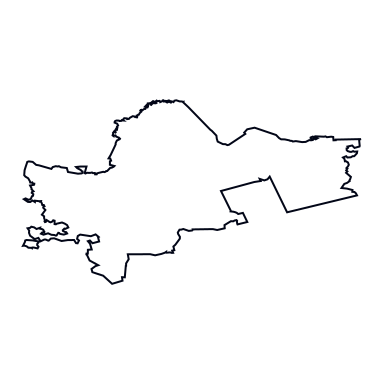 Zebrenes pag., Dobele, Latvia
{"feature_id": "27541924B8969780539300", "entity_name": "Zebrenes pag.", "entity_type": "district", "adm_level": 2, "iso_a3": "LVA", "parent_name": "Latvia", "parent_adm1": "Dobele", "projection": "robinson", "projection_center": [22.874, 56.594], "detail": "fine", "context": "isolated", "style": "outline", "palette": "ink", "viewbox_px": 384, "rotation_deg": 0, "n_neighbors": 0, "source": "geoboundaries", "source_scale": "gbopen_adm2", "svg_char_len": 5927}
<svg xmlns="http://www.w3.org/2000/svg" viewBox="0 0 384 384"><path d="M357.0,195.4L355.9,193.3L354.5,192.0L352.3,191.8L352.5,190.0L346.9,188.6L341.5,188.0L344.3,183.9L347.1,182.9L349.7,181.0L349.4,180.4L350.1,179.3L350.9,176.9L346.1,172.8L347.4,171.4L346.2,170.4L347.4,168.6L346.5,168.0L348.0,166.3L348.8,164.8L348.0,162.5L345.9,161.2L344.9,161.3L344.5,159.0L343.0,157.5L346.2,156.2L347.4,157.5L350.8,157.3L352.6,156.2L354.1,156.2L354.8,155.6L356.9,153.3L357.2,151.5L354.2,151.7L353.1,151.1L351.5,151.9L350.2,151.9L347.7,151.1L346.7,150.1L346.6,148.4L347.9,148.0L348.3,147.1L347.7,146.5L352.2,145.5L354.5,147.9L359.5,146.5L359.7,145.9L359.1,139.7L361.0,139.1L335.7,139.6L335.7,140.2L333.5,140.3L333.2,137.0L331.2,136.7L326.9,137.2L325.5,136.4L323.9,136.7L315.2,136.3L314.7,136.6L314.8,137.6L317.3,138.4L315.7,139.3L314.4,138.4L312.8,136.6L310.6,137.5L310.5,137.9L311.5,138.9L313.0,139.2L313.3,139.6L312.8,140.0L311.0,140.3L309.3,140.1L305.7,141.9L302.1,142.1L295.9,141.1L292.8,141.5L291.9,140.9L290.1,140.8L289.5,140.4L284.8,139.4L281.1,139.3L279.1,138.1L276.1,135.0L254.6,127.7L247.2,129.3L244.2,132.6L245.3,133.9L228.9,144.8L227.3,145.1L225.5,144.2L222.9,144.1L217.7,141.6L216.8,138.8L216.4,135.6L211.8,130.8L210.3,129.7L188.3,107.1L183.4,102.5L183.5,101.8L182.8,102.0L182.1,101.5L179.6,101.4L176.3,100.3L174.4,100.7L173.5,102.1L171.9,101.4L170.9,102.6L170.1,102.2L170.2,101.1L168.9,100.4L168.3,100.6L168.8,101.4L168.7,101.8L167.2,102.5L166.3,102.1L166.5,101.0L165.4,100.9L164.0,101.6L163.7,101.2L163.7,100.5L163.1,100.2L162.5,100.6L162.1,101.3L160.2,102.1L160.0,101.3L159.6,100.9L157.4,101.2L156.6,100.6L155.2,101.8L156.3,103.0L155.8,103.3L153.9,103.2L154.1,102.0L153.7,101.3L153.1,101.1L152.1,101.9L153.1,102.7L152.2,103.2L152.2,103.8L151.2,104.9L150.8,104.7L150.9,103.9L150.6,103.0L150.3,103.0L149.9,103.6L149.4,103.3L147.8,103.4L147.8,103.7L148.4,104.0L148.3,104.6L147.0,104.6L145.0,106.7L145.7,106.9L145.9,106.4L147.0,105.6L148.0,106.1L148.0,106.6L147.8,106.8L146.7,106.8L147.6,107.0L147.5,107.4L145.7,107.6L145.3,108.9L144.1,109.0L142.4,110.3L141.6,109.8L140.7,110.0L140.4,110.5L141.3,110.7L141.3,111.7L139.7,113.1L138.8,114.7L138.0,114.8L137.5,115.6L136.8,115.6L136.8,116.3L137.2,116.7L137.1,117.3L136.3,117.3L135.7,116.6L135.0,117.0L134.2,116.4L132.7,116.2L129.7,117.9L128.9,118.9L127.1,119.1L126.9,118.4L124.2,118.2L123.3,119.4L122.6,119.7L123.6,120.5L122.3,120.4L121.2,120.9L119.5,121.0L118.9,120.6L116.6,120.5L115.2,121.0L114.7,121.7L114.6,122.6L117.2,123.7L118.1,125.5L117.0,126.6L117.3,127.4L116.9,127.5L116.2,128.6L117.1,128.7L117.0,129.8L115.6,130.0L114.5,131.0L115.4,131.5L115.7,132.3L115.5,132.5L114.8,131.8L113.6,132.2L113.1,132.8L113.3,133.1L112.6,135.4L113.7,136.2L113.8,135.6L115.5,135.4L116.2,136.6L118.2,137.4L118.7,138.0L119.0,137.8L120.0,138.7L119.7,139.2L116.9,140.5L115.9,142.5L115.6,143.4L115.7,144.3L114.7,146.5L110.6,155.1L108.6,158.4L110.3,158.6L111.1,160.7L109.9,161.3L109.9,164.8L114.4,166.0L113.7,166.7L111.7,167.7L110.3,167.8L107.2,171.0L106.1,171.1L105.6,171.7L104.4,172.1L103.2,171.8L97.8,173.1L97.2,173.4L96.7,174.3L95.3,174.3L95.4,173.5L94.8,173.5L94.7,173.0L92.9,173.1L92.0,172.5L90.2,172.9L87.0,172.8L85.4,173.5L84.7,173.1L86.5,166.5L80.7,166.5L76.1,167.0L77.3,168.2L80.6,169.9L82.0,171.3L82.6,171.5L82.6,172.8L81.7,173.4L78.0,173.7L68.0,172.0L66.8,168.0L61.0,167.3L58.9,166.2L57.9,166.5L55.7,166.2L52.7,167.1L51.4,168.9L38.8,165.3L36.2,164.9L32.7,161.9L28.8,161.4L27.3,161.9L25.7,166.7L24.6,170.2L24.2,175.2L25.4,176.6L28.2,178.3L30.0,181.4L30.2,182.5L31.7,182.7L32.3,182.4L33.1,183.6L34.3,183.7L34.3,184.0L34.0,184.8L30.1,185.5L31.6,188.4L31.5,189.3L33.5,191.3L32.0,192.0L31.7,192.8L33.3,194.2L33.0,195.8L32.0,196.2L30.7,199.1L28.5,199.8L25.6,198.4L23.9,199.2L27.9,201.9L30.2,202.0L32.5,200.5L34.9,202.0L35.0,200.7L39.2,201.2L40.8,201.1L40.5,201.7L41.0,201.7L41.7,203.0L42.3,205.0L43.8,205.0L44.4,206.2L43.5,206.4L43.2,207.7L45.4,210.0L41.9,214.7L44.1,216.3L44.1,218.1L45.1,220.5L44.5,221.2L45.0,222.1L45.8,221.9L46.7,220.1L49.6,222.0L50.6,222.3L52.2,221.6L53.2,220.3L54.6,220.7L54.6,224.1L55.9,224.3L56.7,223.7L62.0,222.5L64.7,223.6L67.1,225.1L68.3,227.5L65.2,228.9L64.4,228.6L62.8,230.2L62.9,230.9L65.1,232.0L66.3,232.2L67.1,233.5L63.8,234.6L60.0,233.9L59.2,233.0L58.3,232.8L56.5,235.5L55.8,235.6L54.3,235.0L51.4,234.8L48.1,233.3L43.5,234.7L41.0,233.7L42.1,232.5L44.3,232.3L44.4,231.7L43.6,230.7L43.3,229.8L42.0,229.1L40.0,228.7L40.2,227.7L36.5,229.0L34.2,227.4L31.3,226.7L30.2,227.8L27.6,228.3L29.2,230.6L29.0,232.8L30.1,235.7L34.7,239.1L38.4,237.9L40.6,241.3L44.4,239.5L45.6,239.5L48.1,240.6L48.7,240.6L50.8,238.6L54.1,238.3L61.6,241.0L67.6,240.1L74.1,240.0L76.0,243.1L77.6,243.3L79.0,240.5L77.1,238.9L77.8,236.0L80.2,234.6L90.9,236.2L95.6,234.4L98.7,237.0L98.1,237.4L99.1,241.5L92.5,243.2L89.9,240.5L87.9,241.2L90.0,243.7L91.7,249.5L87.9,249.8L87.8,253.6L86.5,253.6L86.4,254.5L87.0,255.0L89.6,260.5L98.2,265.2L95.5,266.1L91.5,269.0L92.4,272.2L103.2,275.7L112.1,283.8L122.5,280.7L122.0,277.2L124.8,277.3L125.8,265.9L126.1,265.8L126.1,263.4L128.7,259.2L127.8,254.3L150.2,254.2L155.1,255.3L161.5,253.9L164.9,252.7L165.8,252.1L165.7,252.5L166.4,252.7L170.1,252.4L171.8,252.9L173.1,252.8L172.2,250.6L174.3,250.2L173.4,246.5L175.3,244.8L179.8,238.7L179.9,236.8L178.1,233.9L177.8,232.5L179.5,229.7L181.3,229.6L183.3,229.0L188.8,230.9L192.1,230.5L192.9,229.7L192.8,229.4L212.8,229.1L217.2,230.0L224.7,228.3L224.5,225.1L230.9,221.2L233.2,221.3L234.6,220.5L236.5,220.1L237.1,220.8L236.9,221.4L237.3,224.2L236.7,224.6L247.3,222.0L242.9,212.9L238.2,214.0L236.7,212.8L235.2,212.2L233.3,211.7L230.6,211.4L230.8,210.8L221.0,191.0L254.3,182.0L260.7,181.0L259.7,178.9L264.3,180.4L267.5,179.3L269.7,176.6L287.1,212.3L357.0,195.4ZM39.1,241.6L32.7,240.4L26.5,240.0L25.2,240.5L25.0,241.8L23.0,245.8L24.2,245.6L26.0,246.1L27.2,246.7L28.3,247.7L31.8,247.9L32.1,248.2L32.4,247.5L33.6,247.5L37.6,248.4L38.5,246.8L37.2,245.1L37.2,244.0L39.1,241.6Z" fill="none" stroke="#020617" stroke-width="2"/></svg>